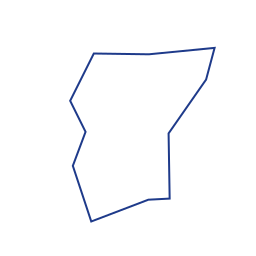 outline of Bolton, rotated 285°
{"feature_id": "GBR-5678", "entity_name": "Bolton", "entity_type": "Metropolitan Borough", "adm_level": 1, "iso_a3": "GBR", "parent_name": "United Kingdom", "parent_adm1": "", "projection": "natural_earth1", "projection_center": [-2.443, 53.589], "detail": "fine", "context": "isolated", "style": "outline", "palette": "blue", "viewbox_px": 256, "rotation_deg": 285, "n_neighbors": 0, "source": "natural_earth", "source_scale": "10m", "svg_char_len": 312}
<svg xmlns="http://www.w3.org/2000/svg" viewBox="0 0 256 256"><g transform="rotate(285 128 128)"><path d="M195.0,190.9L133.3,168.6L70.6,186.5L64.0,166.2L28.2,116.7L76.9,84.7L77.1,84.5L113.3,88.0L139.3,65.1L191.1,75.7L204.6,129.1L227.8,190.9L195.0,190.9Z" fill="none" stroke="#1e3a8a" stroke-width="2"/></g></svg>